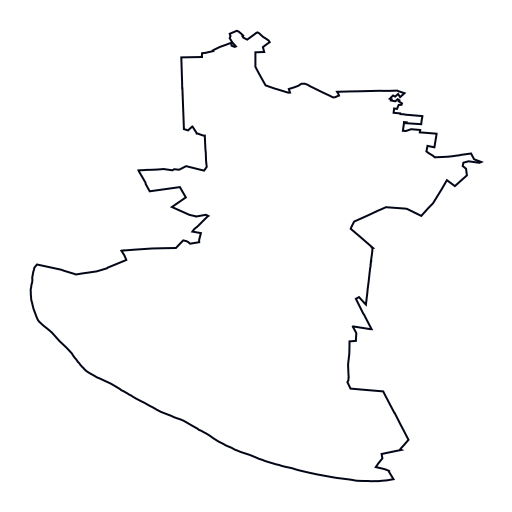 Jumpravas pag., Lielvardes, Latvia (Natural Earth projection)
{"feature_id": "27541924B27221718879632", "entity_name": "Jumpravas pag.", "entity_type": "district", "adm_level": 2, "iso_a3": "LVA", "parent_name": "Latvia", "parent_adm1": "Lielvardes", "projection": "natural_earth1", "projection_center": [24.983, 56.676], "detail": "fine", "context": "isolated", "style": "outline", "palette": "ink", "viewbox_px": 512, "rotation_deg": 0, "n_neighbors": 0, "source": "geoboundaries", "source_scale": "gbopen_adm2", "svg_char_len": 5887}
<svg xmlns="http://www.w3.org/2000/svg" viewBox="0 0 512 512"><path d="M37.0,264.5L34.4,267.6L34.1,268.6L34.1,269.3L33.3,271.7L33.0,273.3L32.5,276.1L32.2,277.9L32.4,280.0L32.0,283.2L31.6,284.0L31.3,285.9L31.1,287.6L30.7,289.4L30.7,290.8L30.8,292.4L30.8,294.1L31.3,300.1L31.8,301.9L32.2,303.2L32.5,304.8L33.5,308.8L36.7,317.3L37.5,319.1L38.2,320.5L39.7,322.2L43.4,325.6L45.7,327.4L47.7,329.0L49.4,330.4L51.8,332.5L52.9,333.7L59.6,341.2L61.2,342.7L66.7,347.9L70.8,352.3L71.9,353.5L73.0,355.4L74.9,358.0L76.2,359.4L77.9,361.9L79.2,363.2L80.4,364.9L82.0,366.7L84.0,368.6L84.3,369.2L85.2,369.9L85.8,370.6L87.9,372.1L90.4,373.6L93.7,375.4L97.0,377.4L99.8,378.5L105.1,381.0L107.8,382.2L111.1,383.8L117.1,387.3L120.2,389.2L121.3,390.2L123.5,391.2L127.7,393.6L128.8,394.4L130.9,395.4L133.3,397.0L136.1,398.6L141.9,401.6L144.4,402.8L149.8,405.9L152.7,407.3L157.1,409.9L160.6,411.7L163.0,412.7L171.8,416.1L173.3,416.9L175.9,417.9L180.7,419.5L183.5,420.7L186.2,422.2L189.4,424.1L192.2,425.7L195.0,427.3L197.2,428.5L199.0,429.9L201.3,430.8L203.7,432.2L205.7,433.2L208.7,435.0L211.2,436.7L213.2,438.2L215.0,439.3L217.2,440.7L219.0,441.8L221.1,442.8L223.7,444.1L225.2,445.1L228.4,446.5L231.6,447.8L234.7,449.6L237.9,450.8L240.2,451.8L242.6,452.6L249.7,454.9L255.6,457.3L258.9,458.8L262.4,459.9L265.3,461.1L268.6,462.1L276.3,464.4L279.2,465.0L281.4,465.8L284.5,466.6L287.2,467.2L290.2,467.8L292.7,468.4L295.7,469.4L299.3,470.4L307.8,472.4L317.0,474.4L333.0,477.3L337.2,478.0L340.8,478.4L345.4,479.0L348.8,479.4L352.7,480.0L356.2,480.7L360.6,480.9L364.6,481.0L368.0,481.0L371.0,481.2L378.9,481.1L382.6,480.7L386.6,480.4L393.5,479.2L389.1,472.0L389.2,471.0L387.8,470.4L385.1,469.3L382.8,468.7L375.8,467.1L378.4,463.3L382.4,458.4L381.6,454.0L395.0,451.2L401.5,449.9L400.3,449.2L401.5,447.7L404.1,444.9L408.5,439.8L405.3,433.7L404.2,431.5L400.6,424.7L398.2,419.9L394.6,412.9L394.4,412.9L392.5,409.3L389.8,404.2L387.9,400.5L385.1,395.2L383.2,391.4L367.7,390.1L350.5,388.6L347.4,382.1L348.4,380.4L348.5,377.9L348.7,377.5L348.4,372.9L348.1,365.5L348.1,364.2L349.3,353.8L349.5,345.0L349.5,341.4L355.4,340.9L355.9,340.9L356.0,338.2L356.3,333.4L356.1,332.7L354.0,328.8L352.8,326.7L353.1,326.4L353.6,326.5L370.7,329.2L371.6,329.2L369.8,325.8L364.4,315.4L364.3,314.9L363.4,313.9L355.9,298.8L359.0,297.1L365.2,303.9L365.9,304.6L367.4,292.2L367.5,291.0L367.5,290.3L368.7,281.1L369.5,273.7L370.2,267.7L370.3,267.6L370.6,265.7L370.7,265.3L370.7,264.9L370.5,264.6L371.2,261.3L370.9,261.3L371.5,257.2L372.1,253.1L372.5,248.2L372.4,248.1L373.0,248.0L360.6,237.2L350.7,228.8L351.5,226.8L354.1,221.6L362.8,217.7L367.3,215.7L378.1,210.6L381.5,209.2L385.9,207.2L405.2,208.6L407.0,208.9L421.3,215.9L428.0,208.4L433.0,203.3L441.5,189.5L446.9,180.2L454.9,186.1L460.0,181.5L466.9,175.4L466.1,169.2L466.0,168.7L462.7,166.0L463.4,162.7L468.5,161.3L479.4,162.8L481.3,162.0L478.5,160.9L477.0,160.4L474.2,159.3L473.9,159.0L473.0,157.1L472.6,156.5L471.1,153.5L460.8,154.9L460.5,155.1L451.8,156.3L449.8,156.5L448.3,156.7L441.8,157.0L440.2,157.1L439.5,157.1L434.8,157.3L432.9,155.7L428.8,153.2L426.4,151.4L427.5,145.9L434.4,147.3L436.3,135.7L436.6,133.8L436.6,133.7L424.4,132.7L419.8,132.4L420.2,130.0L411.2,129.2L405.9,131.0L402.9,130.8L404.0,123.0L404.0,122.1L406.5,122.3L406.2,123.2L421.2,124.2L421.6,120.7L421.9,118.9L422.1,118.1L422.4,116.3L422.4,116.1L409.6,115.0L405.5,114.7L404.8,114.4L400.4,114.1L400.3,113.4L393.6,112.8L394.1,108.5L397.0,108.9L398.7,104.9L401.5,104.8L402.0,103.4L398.7,101.3L399.4,100.3L397.7,99.2L395.3,101.3L391.0,100.5L391.6,99.4L389.8,98.8L392.2,96.3L393.1,95.5L395.1,96.6L398.1,94.0L400.1,97.1L404.4,93.3L404.5,93.2L397.9,91.0L397.3,90.6L389.1,90.9L378.4,90.8L358.8,91.3L351.7,91.4L337.1,91.8L338.3,93.8L339.0,95.6L338.2,95.8L335.6,97.0L335.2,97.2L333.3,97.4L333.1,97.4L330.8,96.3L329.9,95.8L322.4,92.3L309.4,85.9L308.1,85.0L307.5,84.7L304.7,83.7L301.3,83.8L298.3,85.8L294.0,87.4L288.8,89.0L290.0,92.6L288.5,92.7L288.0,92.6L276.3,89.0L275.4,88.8L265.6,85.4L263.9,82.4L260.7,76.7L258.5,72.7L255.4,66.8L255.4,66.2L255.4,65.0L255.4,52.3L264.2,52.0L262.9,47.1L267.3,43.8L269.7,42.2L268.7,40.6L268.5,40.4L265.7,38.5L265.1,38.1L264.4,37.7L263.1,36.9L261.3,35.3L259.2,33.3L258.3,32.8L257.4,32.4L256.3,32.9L256.3,33.0L256.1,33.1L255.9,33.2L254.9,34.0L249.7,37.8L249.0,38.3L247.2,39.6L243.4,37.7L242.4,36.2L243.2,35.7L242.1,34.5L242.0,34.4L238.7,31.6L236.8,30.8L229.7,33.8L230.0,34.8L230.5,36.0L229.7,38.2L232.3,42.4L235.9,46.4L234.6,46.9L231.6,45.7L231.5,44.9L231.2,42.8L225.4,45.0L220.8,46.6L219.1,47.3L213.8,49.9L212.9,50.4L213.2,51.1L205.2,52.9L202.1,53.2L201.8,56.5L202.0,56.6L202.0,57.0L181.3,57.4L182.1,82.4L182.2,88.4L182.4,88.4L183.1,107.4L183.6,120.2L183.9,129.1L187.8,130.3L188.0,130.4L192.3,126.5L192.6,126.7L196.4,132.7L196.6,133.2L196.7,133.6L197.3,133.6L197.8,133.6L201.3,134.9L203.9,135.7L204.8,135.6L205.1,142.9L205.4,148.9L205.8,153.0L206.0,159.7L206.0,160.1L206.7,166.9L204.1,170.6L200.3,169.7L189.5,167.0L186.3,166.2L185.8,166.3L182.9,167.8L179.4,169.6L178.6,169.7L174.2,169.2L172.5,170.3L166.1,169.4L165.8,169.4L163.9,169.0L160.5,169.3L156.4,169.6L151.2,169.8L148.5,169.9L146.6,169.9L144.0,170.1L141.7,170.2L139.3,170.3L138.5,170.4L138.9,171.3L142.7,177.8L145.4,182.5L145.6,183.0L145.6,183.4L145.7,184.0L147.7,187.7L149.7,191.3L179.9,187.1L185.8,197.4L178.6,202.4L171.9,207.0L189.5,214.9L196.3,216.4L196.3,216.5L205.8,214.8L206.1,214.9L208.3,216.0L207.4,216.6L197.2,226.8L195.4,228.1L194.0,229.4L192.4,231.6L200.9,233.1L199.1,240.1L199.2,242.2L190.1,243.7L188.1,242.0L186.3,241.1L183.2,240.4L175.9,248.0L164.0,248.2L151.9,248.5L134.0,249.7L123.7,250.5L123.7,250.4L122.9,250.5L121.7,250.6L121.4,250.7L124.4,255.4L124.9,256.7L125.4,257.7L126.2,259.6L126.3,260.0L108.5,267.3L107.6,267.7L107.0,268.3L96.6,271.4L87.6,272.7L83.2,273.3L75.9,274.5L75.5,274.3L74.4,273.9L68.7,272.2L67.5,271.8L67.1,271.7L64.1,270.8L61.5,269.8L60.2,269.5L37.0,264.5Z" fill="none" stroke="#020617" stroke-width="2"/></svg>